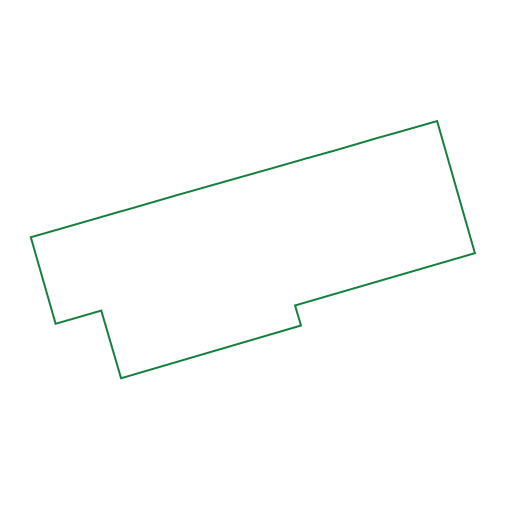 outline of Golden Valley, North Dakota, United States of America, rotated 74°
{"feature_id": "52423323B64465165831461", "entity_name": "Golden Valley", "entity_type": "district", "adm_level": 2, "iso_a3": "USA", "parent_name": "United States of America", "parent_adm1": "North Dakota", "projection": "orthographic", "projection_center": [-103.986, 46.935], "detail": "fine", "context": "isolated", "style": "outline", "palette": "green", "viewbox_px": 512, "rotation_deg": 74, "n_neighbors": 0, "source": "geoboundaries", "source_scale": "gbopen_adm2", "svg_char_len": 565}
<svg xmlns="http://www.w3.org/2000/svg" viewBox="0 0 512 512"><g transform="rotate(74 256 256)"><path d="M175.9,467.3L265.9,467.3L265.8,419.8L336.3,419.4L335.2,231.9L314.3,232.1L313.6,44.8L176.2,44.7L176.2,73.1L176.2,74.8L176.2,76.1L176.2,78.5L176.2,79.0L176.2,80.1L176.0,106.0L176.3,153.2L176.1,171.8L176.2,178.0L176.0,179.4L176.1,187.2L176.1,190.7L176.1,192.7L176.1,199.6L176.1,201.3L175.9,252.9L175.9,256.8L175.7,312.1L175.9,368.5L175.9,370.3L175.9,370.7L175.8,374.7L175.8,377.4L175.9,413.5L175.9,467.3Z" fill="none" stroke="#15803d" stroke-width="2"/></g></svg>